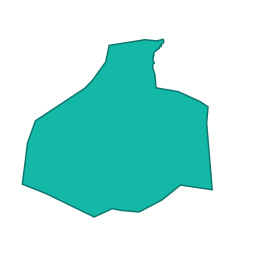 outline of Bayanmo'nx, Hentiy, Mongolia, rotated 102°
{"feature_id": "93677404B71590009597978", "entity_name": "Bayanmo'nx", "entity_type": "district", "adm_level": 2, "iso_a3": "MNG", "parent_name": "Mongolia", "parent_adm1": "Hentiy", "projection": "mercator", "projection_center": [109.403, 46.914], "detail": "fine", "context": "isolated", "style": "filled", "palette": "teal", "viewbox_px": 256, "rotation_deg": 102, "n_neighbors": 0, "source": "geoboundaries", "source_scale": "gbopen_adm2", "svg_char_len": 1441}
<svg xmlns="http://www.w3.org/2000/svg" viewBox="0 0 256 256"><g transform="rotate(102 128 128)"><path d="M207.8,99.7L191.3,79.8L172.9,64.8L170.9,32.8L106.9,52.1L90.7,54.1L87.2,62.9L82.0,86.5L82.9,108.9L70.2,112.8L62.7,117.0L62.4,116.6L62.1,116.5L61.8,116.6L61.5,116.6L61.2,116.9L60.9,117.0L60.6,117.1L60.2,117.1L60.0,116.9L59.8,116.7L59.5,116.1L59.2,115.9L58.7,115.9L58.4,116.0L58.1,116.3L57.9,116.6L57.6,117.2L57.3,117.4L57.0,117.6L56.6,117.6L55.8,117.7L54.8,117.9L54.0,118.0L53.6,118.1L53.3,118.1L53.1,118.1L52.8,118.1L52.6,118.0L52.4,117.8L52.2,117.7L51.9,117.7L51.9,117.9L51.9,118.0L51.6,118.3L51.3,118.3L50.9,118.2L50.0,118.1L49.2,118.0L48.4,117.9L47.8,117.7L47.4,117.4L46.9,117.0L46.5,116.6L45.9,116.1L45.4,115.9L45.0,115.5L44.7,115.0L44.5,114.8L44.1,114.6L43.8,114.4L43.5,114.0L43.3,114.0L43.1,114.0L42.9,114.1L42.6,114.2L42.4,114.4L42.1,114.3L41.9,114.1L41.8,113.9L41.8,113.5L41.7,113.3L41.5,112.8L41.3,112.6L41.1,112.4L40.8,112.4L40.5,112.4L40.3,112.4L40.0,112.6L39.8,112.9L39.6,113.2L39.4,113.2L39.2,113.1L39.1,112.8L38.7,112.3L38.4,112.0L38.1,111.8L37.9,111.5L37.8,111.3L37.6,111.3L37.3,111.2L36.9,111.2L36.6,111.1L36.4,111.0L36.2,110.9L35.9,110.9L35.7,111.0L35.1,111.5L34.5,111.8L33.9,112.1L36.9,118.0L38.1,129.7L51.1,163.6L68.0,163.5L88.4,172.5L98.1,178.5L140.2,220.0L164.0,223.2L179.0,221.8L204.9,219.7L209.2,194.4L222.1,142.6L210.2,126.7L210.0,117.2L207.8,99.7Z" fill="#14b8a6" stroke="#0f766e" stroke-width="1.5"/></g></svg>